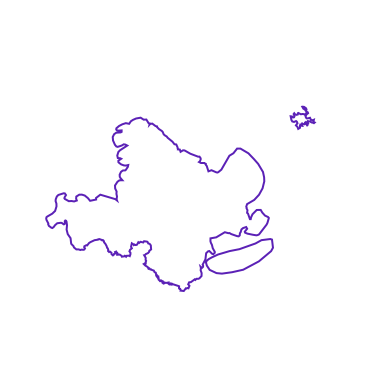 Bua, Northern, Fiji, rotated 151°
{"feature_id": "14151628B59272471160482", "entity_name": "Bua", "entity_type": "district", "adm_level": 2, "iso_a3": "FJI", "parent_name": "Fiji", "parent_adm1": "Northern", "projection": "natural_earth1", "projection_center": [178.732, -16.793], "detail": "fine", "context": "isolated", "style": "outline", "palette": "violet", "viewbox_px": 384, "rotation_deg": 151, "n_neighbors": 0, "source": "geoboundaries", "source_scale": "gbopen_adm2", "svg_char_len": 6090}
<svg xmlns="http://www.w3.org/2000/svg" viewBox="0 0 384 384"><g transform="rotate(151 192 192)"><path d="M291.9,174.9L290.7,175.1L290.2,175.6L288.6,175.4L288.4,176.8L287.4,176.7L287.7,175.9L287.4,174.8L286.9,174.9L286.9,174.4L287.5,174.3L287.9,173.4L285.6,172.4L284.4,169.9L284.6,169.4L282.5,168.6L281.8,168.8L281.1,167.4L280.4,168.0L277.9,166.8L277.5,166.1L276.2,167.2L275.3,168.6L275.5,170.4L274.2,171.5L271.9,171.9L271.9,173.6L269.5,176.3L268.6,174.6L268.6,173.8L267.7,173.9L267.5,173.3L266.8,172.8L265.6,172.6L263.3,174.1L262.9,173.1L261.2,173.4L259.1,171.5L257.8,172.2L255.4,170.4L255.1,169.9L255.2,168.2L254.2,167.2L253.9,165.3L255.6,161.6L257.8,161.3L258.4,160.5L260.1,159.9L262.5,160.1L263.6,159.7L264.5,159.9L264.4,156.9L265.5,155.1L265.5,154.0L266.7,153.0L266.8,152.3L267.3,151.8L268.0,152.4L269.1,152.4L268.5,150.3L267.1,147.8L267.2,146.7L266.8,146.5L267.1,145.8L266.2,145.5L266.0,144.4L265.3,144.2L264.9,143.3L263.5,141.8L263.6,140.0L262.8,139.0L263.5,137.0L263.1,137.0L263.0,136.4L263.1,135.9L263.8,135.9L263.8,135.1L263.5,134.3L262.5,134.3L262.9,133.1L263.5,133.3L263.4,132.0L263.7,131.6L263.3,130.3L262.9,130.1L263.1,129.5L262.3,129.1L261.8,129.5L261.2,128.5L261.4,127.6L260.9,127.6L261.0,127.2L261.8,126.9L261.3,125.7L260.6,125.6L260.0,126.3L258.9,125.1L256.3,124.2L256.7,123.5L256.1,122.9L256.9,122.9L256.6,122.1L255.2,121.3L254.6,122.1L254.4,121.9L254.5,121.3L254.0,121.2L254.1,120.7L253.5,120.7L249.3,116.2L249.0,115.8L250.0,114.2L249.9,113.3L249.3,113.0L249.4,111.4L249.7,111.2L247.2,109.4L244.2,110.7L244.0,110.3L242.6,110.3L241.8,109.5L239.7,111.2L240.1,113.1L238.3,114.4L236.7,113.7L231.9,114.3L231.7,113.5L230.1,113.9L228.5,113.0L227.4,112.9L224.4,113.9L222.9,116.4L222.4,119.3L221.0,121.3L220.7,122.5L220.1,120.8L218.6,121.2L217.9,122.4L217.9,123.3L212.9,126.6L209.3,131.6L206.7,132.3L205.5,132.0L204.3,128.1L203.5,127.3L201.6,127.8L201.1,128.5L201.1,132.8L200.2,136.1L200.1,138.5L199.7,140.1L198.3,142.5L192.8,140.6L182.8,140.9L180.2,138.4L179.1,137.9L178.1,136.2L173.9,131.5L172.7,130.6L171.3,130.9L170.1,132.7L168.9,133.3L166.9,135.3L164.8,135.7L161.6,135.1L161.6,133.1L165.1,131.7L165.3,130.7L163.7,128.7L159.5,125.1L156.7,122.9L155.4,122.5L153.9,122.4L142.6,127.3L141.0,128.4L137.4,132.0L137.6,133.2L139.6,136.0L140.5,139.9L140.6,143.0L144.1,144.9L149.9,143.2L152.7,141.1L153.8,139.8L154.5,140.2L153.5,146.0L153.9,147.1L152.3,149.2L152.2,151.3L151.8,151.8L151.7,152.8L149.7,154.7L141.4,154.9L134.7,157.1L128.5,161.0L123.6,166.3L121.8,169.9L120.2,175.1L120.5,184.5L121.9,190.9L123.9,198.5L128.6,206.5L131.5,208.1L137.0,205.8L141.7,205.6L155.5,197.3L159.4,196.6L160.3,196.7L161.2,197.4L164.4,201.6L167.6,202.1L166.5,207.6L166.7,209.0L166.3,209.9L166.8,210.3L167.0,211.3L170.1,213.0L171.3,214.8L170.2,215.0L168.6,216.3L168.1,217.3L168.3,219.3L169.5,219.9L174.9,226.3L178.3,231.9L179.6,232.8L182.5,232.7L182.1,235.0L183.4,235.9L183.1,236.1L183.5,236.9L183.0,238.0L182.7,241.2L184.2,242.3L184.7,245.5L187.0,251.2L187.2,252.8L188.2,254.5L188.8,256.1L188.5,258.7L188.8,260.0L190.4,263.1L191.1,265.8L190.8,266.3L191.9,267.3L193.6,271.1L195.6,271.8L196.5,271.5L195.7,272.4L196.6,273.2L196.8,277.5L199.2,278.7L200.9,281.9L205.3,283.4L208.7,283.7L211.2,283.5L213.9,282.1L216.5,284.3L220.1,285.0L223.8,285.1L227.2,284.4L227.9,283.6L227.9,282.5L226.9,281.5L223.7,280.0L224.4,278.7L225.5,278.7L229.5,280.6L232.1,280.3L234.7,278.5L236.1,275.3L236.5,270.7L236.1,268.5L235.1,267.5L230.8,266.7L228.6,266.8L227.3,265.8L226.1,264.0L234.7,263.4L237.0,262.7L239.7,260.1L240.4,257.7L238.4,256.3L237.8,255.4L241.2,255.1L241.9,253.8L241.7,253.0L240.6,250.5L238.5,248.1L236.8,247.1L234.7,246.5L235.9,245.1L239.2,243.4L240.0,243.3L241.9,244.3L243.4,244.2L244.4,244.0L246.9,242.2L247.8,240.3L247.8,238.9L247.2,236.0L249.8,237.4L252.2,237.1L256.2,235.0L257.5,232.3L257.7,229.0L259.0,227.0L259.8,224.4L261.5,222.2L261.7,221.0L262.5,222.9L273.5,234.1L278.8,233.3L279.5,231.9L285.4,233.7L286.0,237.1L287.5,240.9L289.6,243.1L291.9,244.3L295.4,244.1L296.6,242.3L296.9,240.4L299.7,240.9L301.7,242.5L304.2,243.7L306.6,247.6L306.6,248.5L305.7,249.3L303.7,250.4L303.9,252.4L304.9,253.1L310.3,254.2L312.4,253.6L314.7,251.7L315.7,250.2L316.2,247.6L317.5,245.1L320.9,241.8L324.7,240.8L330.5,240.7L331.5,240.5L332.3,239.6L332.8,238.2L332.9,234.1L333.4,233.6L333.6,231.8L332.3,228.9L331.6,228.2L330.0,228.4L327.8,229.4L325.0,230.0L321.7,228.7L320.9,228.1L319.9,225.9L319.1,225.7L318.3,226.4L317.4,228.2L316.6,228.5L316.1,227.9L316.1,227.0L317.4,223.6L319.9,219.9L321.1,215.4L320.6,210.5L322.6,205.7L322.7,205.0L321.9,202.1L322.1,200.7L321.0,197.9L318.9,196.7L317.8,195.4L316.7,195.2L314.8,194.0L314.0,193.9L312.9,194.6L313.1,195.9L312.5,196.7L310.2,196.7L309.6,196.1L306.8,197.3L305.0,197.4L300.6,197.1L297.3,195.9L297.0,196.1L295.8,195.7L294.3,194.0L294.0,193.2L293.3,193.2L293.0,192.6L292.9,191.7L293.3,190.5L292.9,188.9L292.9,186.2L293.3,184.3L293.0,183.6L293.3,182.0L294.0,181.1L293.6,179.7L292.7,179.7L291.9,177.9L292.5,176.6L291.9,174.9ZM212.5,124.7L214.0,123.5L214.7,120.4L214.3,115.3L209.9,109.2L205.4,106.1L195.8,102.4L184.9,99.2L167.1,98.9L151.5,101.9L148.2,104.0L145.1,111.6L146.3,112.9L154.6,116.2L161.4,116.2L178.2,119.0L187.8,122.1L199.5,124.7L206.3,125.2L209.9,125.2L212.5,124.7ZM52.0,193.1L51.0,193.3L51.8,194.5L50.4,196.1L51.6,196.2L53.0,197.6L52.8,199.7L55.2,200.3L55.9,200.7L56.2,201.5L56.1,202.9L55.1,203.8L54.0,204.4L52.3,204.6L52.1,205.5L52.5,206.2L53.2,206.2L54.3,205.2L56.0,205.0L56.3,205.8L57.6,206.7L59.1,207.2L60.7,209.6L61.1,209.6L61.9,208.5L63.2,208.8L64.2,209.9L64.4,211.3L65.3,210.9L65.6,208.6L66.5,207.9L67.5,208.2L67.9,209.6L69.0,210.4L70.1,206.9L70.1,205.1L68.8,203.8L66.6,203.6L66.2,202.7L66.4,201.0L68.8,199.9L68.2,197.9L68.5,195.7L66.4,195.8L65.4,197.7L64.5,198.5L63.8,197.9L63.8,196.6L63.5,196.4L63.4,198.0L62.4,198.6L61.2,196.8L60.1,196.7L59.5,197.9L58.5,198.0L58.4,196.8L59.1,195.3L59.0,194.4L58.7,194.4L57.6,195.6L57.2,195.6L56.9,197.2L56.3,197.8L54.7,196.5L53.3,194.4L52.6,194.1L52.0,193.1ZM54.2,213.1L54.2,210.9L53.2,209.2L53.2,207.9L52.8,207.7L51.8,208.7L51.7,210.0L52.7,212.1L53.9,213.0L54.2,213.1Z" fill="none" stroke="#5b21b6" stroke-width="2"/></g></svg>